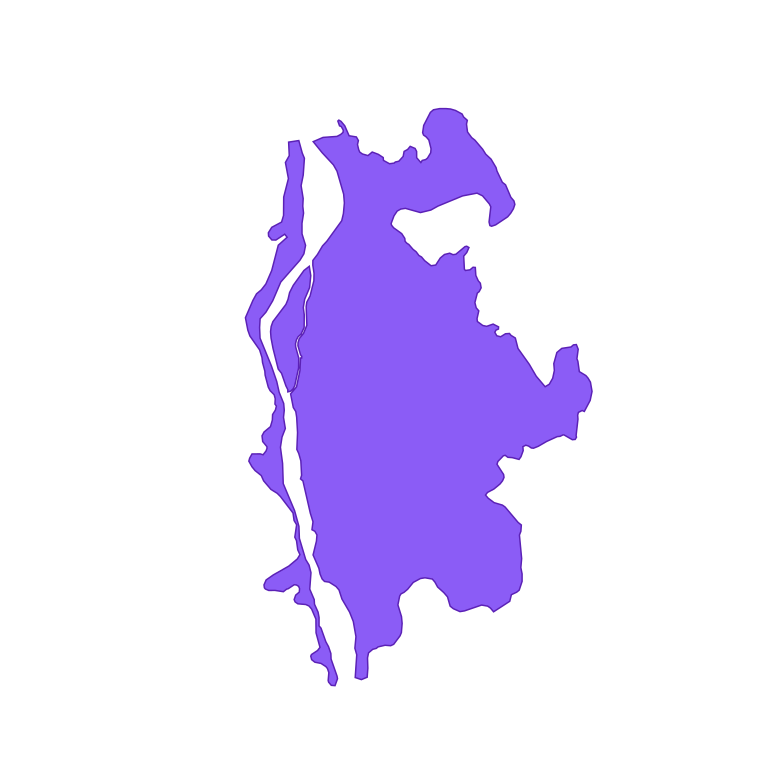 outline of Biba, Bani Suwayf, Egypt, rotated 141°
{"feature_id": "37247803B33717646792475", "entity_name": "Biba", "entity_type": "district", "adm_level": 2, "iso_a3": "EGY", "parent_name": "Egypt", "parent_adm1": "Bani Suwayf", "projection": "mercator", "projection_center": [30.97, 28.949], "detail": "fine", "context": "isolated", "style": "filled", "palette": "violet", "viewbox_px": 768, "rotation_deg": 141, "n_neighbors": 0, "source": "geoboundaries", "source_scale": "gbopen_adm2", "svg_char_len": 6161}
<svg xmlns="http://www.w3.org/2000/svg" viewBox="0 0 768 768"><g transform="rotate(141 384 384)"><path d="M245.6,236.6L234.1,241.5L227.0,247.3L222.4,255.5L221.7,260.3L221.8,263.5L224.4,270.7L219.0,279.7L218.2,282.2L211.2,288.8L209.7,293.6L212.2,295.2L215.4,295.1L223.4,299.8L229.8,299.7L239.2,293.0L243.1,287.3L249.3,282.3L255.7,279.8L260.5,280.5L260.8,294.2L258.7,307.9L257.5,327.3L253.0,337.1L254.7,341.9L254.7,344.3L258.0,346.6L263.6,347.3L266.0,350.5L265.3,354.5L263.0,355.4L260.5,354.7L259.0,356.3L261.5,361.9L267.9,364.2L270.4,367.3L272.1,373.8L270.6,376.2L264.3,381.2L264.4,385.2L262.1,390.1L254.3,395.9L251.9,395.9L248.0,397.6L245.7,401.7L245.8,404.9L244.3,410.6L239.7,417.1L241.3,418.7L245.3,418.6L249.3,421.0L249.3,422.6L241.6,433.2L236.9,434.1L232.1,436.6L233.0,439.0L234.6,439.8L246.5,439.6L249.0,441.1L250.6,444.3L255.5,446.6L261.0,446.5L268.9,443.9L273.0,446.3L274.8,454.3L274.9,459.1L276.0,461.9L275.8,466.4L276.7,470.4L276.9,476.8L277.7,479.2L277.8,481.6L276.2,484.1L275.6,489.7L278.2,499.3L278.2,502.6L277.5,504.2L270.4,508.4L264.9,510.1L260.9,509.4L256.8,507.0L247.8,494.3L238.1,489.7L230.1,488.3L204.5,480.7L191.6,473.8L189.0,468.2L188.8,457.7L189.5,454.5L200.4,443.8L202.0,440.5L201.1,438.9L197.1,437.4L182.7,436.1L178.0,437.0L173.2,438.7L169.3,441.2L167.8,444.5L167.9,449.3L164.2,462.3L165.1,466.3L162.2,478.4L160.7,481.7L159.3,491.4L160.3,498.6L159.6,504.3L159.9,516.3L160.8,520.3L160.5,527.3L156.3,534.1L153.3,536.5L154.1,541.4L153.4,544.7L156.3,551.6L159.2,555.8L162.5,559.0L167.3,562.9L173.0,566.0L177.0,565.9L190.4,560.0L195.8,555.0L196.6,552.6L195.7,549.4L195.6,545.4L199.4,537.2L202.2,534.3L208.0,532.2L210.4,532.2L213.6,533.7L216.0,532.9L216.2,539.3L212.3,544.2L211.6,547.5L214.1,552.2L218.0,551.4L222.0,552.1L225.9,548.8L232.3,547.8L235.5,549.4L237.1,549.3L241.1,551.7L243.7,558.1L242.1,560.5L243.9,566.1L247.2,571.7L252.7,571.6L256.0,576.3L256.9,579.5L256.2,582.0L253.9,586.8L250.7,589.3L250.0,593.4L254.9,598.9L252.0,609.4L252.1,615.1L253.0,617.5L254.4,617.4L256.1,612.6L255.2,611.0L255.9,606.9L257.5,605.3L260.7,605.2L264.7,606.0L276.2,614.0L286.5,616.9L286.5,602.6L285.4,586.1L286.6,578.9L295.9,556.9L300.9,549.6L308.3,542.0L314.1,537.5L338.6,530.9L344.9,530.0L354.3,526.5L361.5,524.8L364.5,521.2L368.7,514.1L373.5,508.4L386.1,498.9L392.5,496.2L395.8,493.1L407.0,478.2L414.6,474.0L421.3,472.6L424.8,470.2L426.8,467.9L430.5,459.1L430.5,457.3L431.7,456.0L432.5,456.7L440.9,447.3L453.8,436.8L462.8,435.1L469.3,422.8L469.9,418.1L472.8,413.1L481.8,400.6L492.9,388.0L494.0,383.6L497.0,376.6L505.5,364.9L508.6,362.8L508.0,359.7L522.6,329.9L525.9,321.6L531.7,316.1L530.4,313.0L531.1,308.9L535.4,304.4L546.7,295.8L550.6,281.7L553.3,276.5L554.8,271.4L554.5,268.0L551.3,264.5L548.7,256.8L548.6,252.2L552.0,243.4L554.3,228.4L557.3,218.8L564.8,205.3L572.9,197.0L575.6,190.7L591.1,174.0L587.6,168.5L581.6,166.7L575.4,173.3L569.2,181.5L565.2,184.8L559.7,184.9L556.4,183.4L554.0,183.4L547.6,180.3L543.5,176.4L540.3,175.6L530.0,178.2L526.9,179.9L520.6,186.5L516.8,192.2L512.2,203.6L505.2,209.4L502.8,210.2L499.6,209.5L494.8,209.6L486.1,211.4L478.1,209.9L474.1,207.6L469.2,202.0L469.1,198.0L470.1,192.5L468.8,184.3L468.6,178.6L472.4,169.7L471.5,165.7L468.2,159.3L464.2,157.0L447.3,150.8L443.2,146.1L442.3,142.9L442.2,138.0L423.0,136.0L417.6,140.1L411.9,138.7L408.7,138.7L400.9,143.7L396.2,149.5L393.2,155.2L386.9,161.7L373.8,181.4L370.3,183.4L366.0,188.0L366.9,192.0L367.3,212.2L368.2,215.4L373.1,222.5L374.9,229.7L375.0,233.8L371.8,234.6L364.6,233.2L356.6,233.3L352.7,234.2L349.5,235.9L348.0,238.4L346.7,250.5L344.3,252.1L336.4,253.1L334.7,252.3L333.9,249.1L330.6,246.0L326.5,240.4L323.3,241.3L317.8,244.6L315.5,247.9L312.3,247.2L310.7,244.8L309.8,241.6L308.2,240.0L303.3,238.5L293.7,237.0L282.5,234.1L280.1,232.5L276.9,231.8L276.1,231.0L272.7,222.2L270.3,220.6L267.9,221.5L267.1,223.1L255.4,234.6L253.1,237.9L250.8,239.6L246.7,238.7L245.6,236.6ZM305.9,632.0L313.9,621.1L321.2,618.2L329.0,603.8L344.3,592.4L356.0,578.2L361.7,574.3L372.6,576.4L378.7,574.3L380.6,571.6L380.5,566.5L377.4,563.9L366.9,562.9L366.9,559.0L378.8,558.4L399.8,542.9L412.8,536.1L420.1,534.4L426.3,534.3L433.2,531.5L450.0,522.7L455.9,511.6L458.0,505.7L459.2,488.8L462.2,481.3L464.9,477.1L468.5,469.0L470.8,465.7L475.9,454.4L476.7,450.5L476.1,444.8L477.8,441.0L481.4,437.0L481.5,434.6L484.8,432.1L489.8,430.4L493.5,426.2L499.1,422.3L507.4,422.2L511.4,420.5L514.5,415.6L514.4,409.1L515.3,407.7L517.8,406.2L522.5,405.1L524.2,407.6L530.6,412.7L535.1,410.9L537.6,409.1L538.7,402.8L538.7,397.9L537.0,390.1L538.5,384.5L538.2,373.2L535.8,366.3L535.3,361.7L535.9,341.0L539.8,334.5L540.5,329.6L549.7,321.1L550.6,317.3L555.4,309.4L556.7,304.3L561.4,302.6L572.6,302.4L590.2,305.3L598.9,305.9L603.7,303.4L605.2,300.9L605.2,299.3L603.5,296.1L598.6,292.2L592.9,285.9L588.9,285.9L587.3,285.2L580.1,284.5L578.5,282.9L577.7,280.5L578.4,278.1L580.8,275.6L585.5,275.5L589.5,273.0L590.2,270.6L589.3,267.4L583.6,261.9L582.0,258.7L581.9,254.6L584.9,244.1L593.4,233.4L599.5,219.6L603.4,218.7L610.6,219.4L612.2,218.6L613.7,215.3L612.8,211.3L608.8,206.5L607.0,200.9L607.0,198.5L608.5,194.4L614.0,188.7L614.7,187.1L614.6,183.0L611.9,180.4L605.6,184.2L604.3,186.6L598.2,203.6L594.9,208.0L592.4,214.8L591.4,220.3L586.6,233.9L586.7,236.9L581.4,243.4L578.8,248.2L576.6,256.6L573.9,260.4L570.8,271.3L559.5,283.3L556.2,290.4L555.3,296.9L546.9,317.3L539.7,326.9L533.2,341.8L525.0,370.0L512.8,386.1L504.3,400.0L496.7,406.9L488.7,411.5L483.1,421.3L478.0,426.4L474.2,432.0L470.7,443.5L465.8,453.4L460.1,469.0L451.5,497.6L445.2,506.1L439.2,512.7L430.6,514.1L418.1,518.7L400.1,528.2L371.4,533.1L364.3,535.6L357.7,541.1L353.2,552.3L346.6,560.5L339.0,567.4L335.2,573.3L330.1,579.0L323.6,590.3L315.3,597.2L303.8,609.5L302.2,614.9L297.0,626.8L305.9,632.0ZM440.3,450.2L433.9,457.9L429.3,468.4L427.4,471.0L424.3,473.4L421.0,474.8L417.0,475.0L410.5,478.2L402.4,488.0L398.6,494.2L392.3,499.8L381.2,505.7L372.7,514.3L368.0,522.5L374.8,522.6L392.4,517.8L399.8,514.5L405.3,510.2L410.1,507.6L431.1,502.4L435.5,499.7L439.2,496.1L442.8,490.9L447.9,481.4L456.8,462.2L456.9,456.8L461.4,444.3L462.3,440.2L463.7,438.4L461.1,437.2L457.8,437.4L454.5,438.8L440.3,450.2Z" fill="#8b5cf6" stroke="#5b21b6" stroke-width="1.5"/></g></svg>